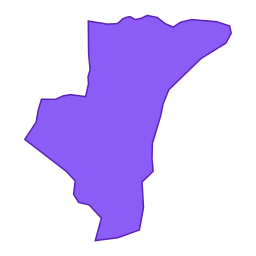 the border of Mbarara, rotated 180°
{"feature_id": "UGA-3374", "entity_name": "Mbarara", "entity_type": "County", "adm_level": 1, "iso_a3": "UGA", "parent_name": "Uganda", "parent_adm1": "", "projection": "mercator", "projection_center": [30.545, -0.528], "detail": "fine", "context": "isolated", "style": "filled", "palette": "violet", "viewbox_px": 256, "rotation_deg": 180, "n_neighbors": 0, "source": "natural_earth", "source_scale": "10m", "svg_char_len": 744}
<svg xmlns="http://www.w3.org/2000/svg" viewBox="0 0 256 256"><g transform="rotate(180 128 128)"><path d="M116.6,26.1L138.1,18.3L160.7,15.4L154.6,37.9L166.9,51.1L177.3,53.6L182.4,61.7L180.8,75.1L189.9,84.8L231.2,116.6L219.9,133.8L217.9,145.1L214.5,156.8L200.8,156.6L192.9,160.1L185.7,161.4L170.4,159.4L167.5,172.2L168.0,179.2L165.9,186.2L167.4,202.2L167.7,235.0L148.9,231.9L139.0,232.3L136.1,234.4L133.6,237.0L129.9,238.6L126.0,239.4L120.6,236.4L114.6,237.8L108.8,240.6L98.8,238.5L90.6,232.2L82.8,228.9L75.3,233.8L64.3,236.4L39.3,234.3L26.3,230.0L24.8,222.7L30.1,212.9L54.7,197.7L87.2,166.3L92.9,152.1L95.3,140.2L103.6,112.7L104.0,97.2L102.9,84.7L114.0,74.0L112.5,48.5L116.6,26.1Z" fill="#8b5cf6" stroke="#5b21b6" stroke-width="1.5"/></g></svg>